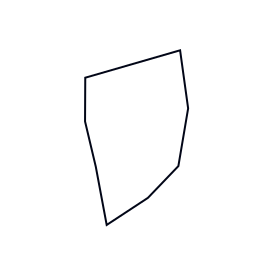 an SVG outline of Valletta, rotated 122°
{"feature_id": "MLT-5949", "entity_name": "Valletta", "entity_type": "state/province", "adm_level": 1, "iso_a3": "MLT", "parent_name": "Malta", "parent_adm1": "", "projection": "equal_earth", "projection_center": [14.514, 35.895], "detail": "fine", "context": "isolated", "style": "outline", "palette": "ink", "viewbox_px": 256, "rotation_deg": 122, "n_neighbors": 0, "source": "natural_earth", "source_scale": "10m", "svg_char_len": 267}
<svg xmlns="http://www.w3.org/2000/svg" viewBox="0 0 256 256"><g transform="rotate(122 128 128)"><path d="M133.6,65.1L176.7,74.1L221.5,94.7L177.9,134.8L145.2,167.9L108.0,190.9L34.5,125.0L79.5,87.4L133.6,65.1Z" fill="none" stroke="#020617" stroke-width="2"/></g></svg>